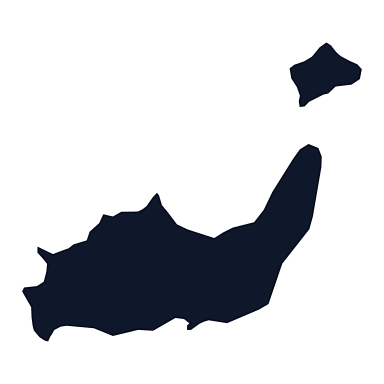 SVG path tracing the border of Inagua
{"feature_id": "BHS-5038", "entity_name": "Inagua", "entity_type": "District", "adm_level": 1, "iso_a3": "BHS", "parent_name": "The Bahamas", "parent_adm1": "", "projection": "albers", "projection_center": [-73.316, 21.237], "detail": "fine", "context": "isolated", "style": "filled", "palette": "ink", "viewbox_px": 384, "rotation_deg": 0, "n_neighbors": 0, "source": "natural_earth", "source_scale": "10m", "svg_char_len": 1281}
<svg xmlns="http://www.w3.org/2000/svg" viewBox="0 0 384 384"><path d="M47.0,272.3L47.9,263.7L42.9,257.5L38.2,252.4L38.2,247.8L52.9,254.9L61.6,251.6L68.9,249.0L74.0,245.0L87.3,241.0L90.3,232.1L99.8,223.6L103.7,215.1L113.0,217.3L121.5,212.5L134.0,212.4L138.3,212.2L142.6,210.1L147.0,206.8L153.3,197.8L156.9,193.9L158.4,195.9L161.2,205.4L167.9,213.6L176.5,225.0L187.5,230.2L214.3,238.9L223.7,233.0L233.1,228.3L254.5,222.9L264.4,210.2L273.0,192.3L294.0,158.8L300.4,149.9L308.6,144.8L317.8,148.6L321.0,156.7L320.6,167.2L312.2,216.1L308.7,228.8L281.6,263.3L267.9,303.5L258.8,308.8L227.0,322.4L208.5,319.5L203.1,321.2L199.0,323.2L190.7,329.2L187.8,329.2L187.8,325.8L190.6,323.3L184.3,318.3L175.2,317.2L152.9,330.0L138.2,329.1L112.9,335.2L94.0,327.5L66.7,325.0L60.5,325.9L53.6,329.5L51.8,332.9L49.3,336.9L47.7,340.6L45.0,339.9L40.0,336.6L34.5,330.1L33.3,325.2L32.3,317.3L31.9,307.0L24.4,293.9L23.0,291.4L24.5,288.2L37.2,286.8L44.4,282.2L47.0,272.3ZM323.1,93.9L308.6,101.2L304.3,105.7L300.3,106.2L299.5,101.4L300.7,95.7L297.6,86.9L292.0,78.1L290.4,68.7L294.7,65.4L304.6,62.0L312.6,57.1L320.0,48.0L326.4,43.4L330.4,45.9L335.6,52.6L340.1,56.6L348.5,61.2L357.0,65.0L361.0,69.5L359.2,78.6L351.2,83.9L335.3,85.8L327.9,92.8L323.1,93.9Z" fill="#0f172a" stroke="#020617" stroke-width="1.5"/></svg>